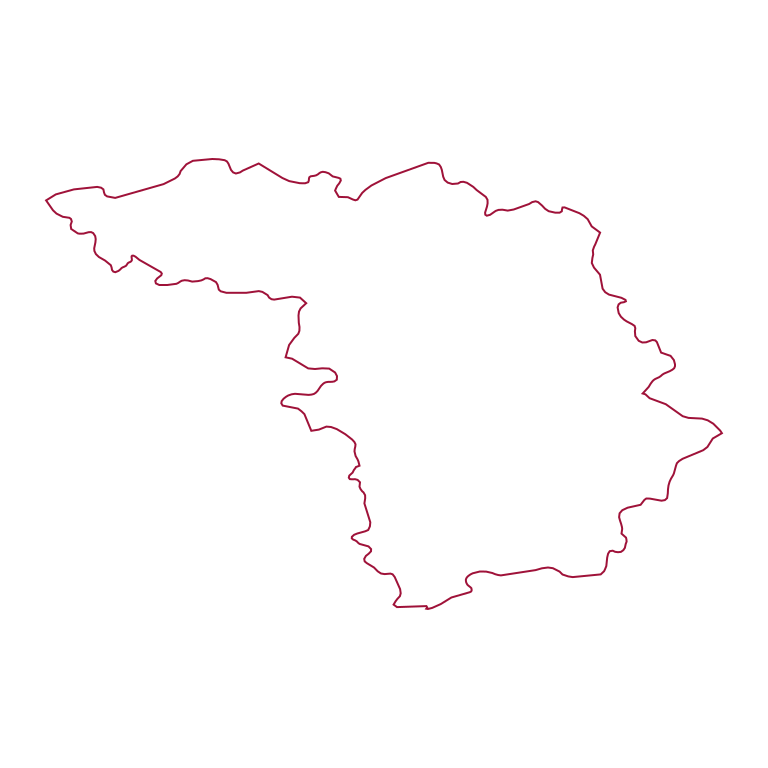 map outline of Kauno (Robinson projection)
{"feature_id": "LTU-1069", "entity_name": "Kauno", "entity_type": "County", "adm_level": 1, "iso_a3": "LTU", "parent_name": "Lithuania", "parent_adm1": "", "projection": "robinson", "projection_center": [23.769, 55.019], "detail": "fine", "context": "isolated", "style": "outline", "palette": "rose", "viewbox_px": 768, "rotation_deg": 0, "n_neighbors": 0, "source": "natural_earth", "source_scale": "10m", "svg_char_len": 5478}
<svg xmlns="http://www.w3.org/2000/svg" viewBox="0 0 768 768"><path d="M600.1,232.6L595.3,244.3L594.1,246.7L592.8,250.4L593.2,254.4L592.4,258.0L591.8,263.0L594.0,267.6L600.0,274.7L602.6,288.7L605.2,292.2L609.0,294.6L621.4,297.8L625.5,299.9L625.9,301.3L623.9,302.2L620.8,302.7L618.6,304.4L617.6,307.4L618.7,313.1L620.9,316.7L624.0,319.6L626.7,321.4L631.9,324.1L634.6,325.9L635.3,328.2L634.9,331.3L635.3,336.1L638.7,340.8L642.3,342.5L646.1,342.3L652.4,340.0L655.3,340.4L656.9,342.1L661.1,352.6L670.6,355.9L673.9,360.1L675.0,364.3L675.0,366.2L674.2,368.2L672.4,369.7L669.7,371.2L664.2,373.5L662.4,374.6L660.7,376.1L659.1,377.2L655.2,379.0L653.6,380.1L652.5,381.2L650.7,383.6L648.7,386.9L642.7,393.5L645.4,394.3L649.6,398.2L665.8,404.2L682.7,416.2L688.5,417.9L702.0,418.6L707.7,420.3L713.3,423.7L720.2,430.6L721.9,433.2L712.8,438.5L707.4,447.0L703.2,450.2L682.6,458.8L679.0,461.1L676.9,463.2L676.0,465.7L673.9,473.4L673.1,475.2L671.0,478.7L669.6,481.7L668.5,485.5L668.0,489.3L667.8,493.4L667.1,498.1L664.9,500.1L661.5,500.7L649.9,498.6L646.3,498.5L644.4,499.9L640.6,504.8L627.6,507.7L622.3,510.2L619.6,513.3L619.1,517.2L620.0,520.5L621.1,523.8L621.9,526.8L622.2,528.9L621.5,533.6L626.0,537.6L626.4,539.3L626.6,541.6L625.7,544.0L624.9,547.8L623.3,550.2L620.9,551.9L618.0,552.2L615.1,551.8L612.7,550.7L609.7,551.2L608.1,553.7L607.2,557.5L606.3,566.1L605.0,569.3L604.1,571.2L600.7,574.4L572.7,577.1L568.2,576.4L562.5,574.5L559.6,571.6L552.9,568.2L548.0,567.5L541.9,568.3L535.6,570.1L500.9,575.4L498.1,575.0L495.2,574.2L492.3,573.0L486.1,571.6L479.9,571.5L472.7,573.3L470.5,574.4L468.5,575.8L467.4,576.8L466.5,578.0L465.9,579.4L465.9,580.9L466.2,582.4L466.8,583.7L467.4,584.7L468.1,585.4L470.5,587.3L471.3,588.1L471.6,589.3L471.6,590.6L471.1,591.5L469.8,592.2L451.4,597.5L440.7,604.1L432.2,607.9L427.9,609.0L426.3,608.7L427.2,607.4L426.4,606.1L397.0,607.1L393.6,604.6L395.5,601.4L397.3,599.0L399.9,596.2L400.7,593.3L400.1,589.1L394.7,577.0L392.6,574.3L390.4,573.6L384.6,574.1L381.0,573.5L377.7,571.3L374.0,567.5L366.9,563.2L364.7,561.4L364.2,558.9L365.9,555.9L368.7,553.7L371.0,551.3L371.1,549.1L368.5,546.4L359.5,543.9L358.0,542.7L356.8,541.4L355.2,540.4L353.2,539.6L351.8,538.4L351.9,536.8L354.1,534.8L357.3,533.5L365.2,531.3L368.2,530.0L369.9,526.4L370.3,522.3L364.4,503.4L365.2,498.2L365.1,495.2L363.5,492.4L362.2,491.3L360.6,489.2L359.5,486.7L360.0,482.3L357.6,479.9L355.1,479.2L352.1,479.3L349.8,479.1L348.8,477.7L349.3,475.6L352.6,472.6L353.9,470.0L355.3,468.2L355.9,467.1L359.5,465.7L358.4,461.4L357.5,459.3L355.6,456.0L354.5,451.4L354.7,449.1L355.3,446.5L355.5,444.3L354.4,442.0L352.1,439.5L345.3,434.2L336.8,429.1L331.0,427.0L326.4,426.6L318.9,429.6L311.3,430.8L304.4,414.1L301.5,411.3L298.0,408.6L282.7,405.6L281.3,403.3L281.7,401.1L283.6,398.7L286.0,396.8L288.2,395.5L291.6,394.3L295.0,393.8L308.6,394.9L311.4,394.6L313.8,394.0L315.7,392.8L317.5,391.0L321.0,385.9L323.1,383.8L324.5,382.8L326.1,382.2L328.0,381.9L332.1,381.8L334.4,381.4L336.8,379.7L337.0,376.1L335.1,372.5L329.2,368.6L322.3,368.3L315.0,369.0L308.2,368.4L292.1,358.7L285.6,357.3L289.1,345.0L294.3,337.9L298.3,333.8L299.4,330.8L299.5,327.0L298.8,322.8L298.5,315.5L299.0,311.6L300.6,308.4L306.2,303.2L300.0,297.6L292.0,296.7L274.2,299.6L271.5,299.2L269.1,297.6L267.6,295.1L262.4,291.9L258.8,291.1L246.3,292.8L226.4,292.8L220.7,291.3L218.8,289.6L217.6,284.8L216.0,282.1L210.6,279.1L207.6,278.2L205.3,278.3L203.6,279.4L201.3,280.4L198.0,281.1L192.2,281.6L188.0,280.5L184.7,280.2L181.9,280.7L180.5,281.4L178.1,283.0L176.4,283.8L167.3,285.0L159.3,285.0L155.9,283.4L155.3,281.0L157.1,278.5L161.3,275.2L161.8,273.5L160.7,272.0L139.4,259.9L135.5,256.7L133.6,255.7L132.2,255.7L131.6,256.3L131.6,257.4L131.8,258.7L131.9,260.1L131.2,261.3L130.1,262.0L128.6,262.6L127.7,263.3L126.9,264.6L126.0,265.8L124.3,266.7L122.6,267.4L121.5,268.1L120.2,269.5L118.5,270.9L115.3,272.2L113.3,271.6L112.0,269.9L111.6,267.5L110.8,265.2L105.0,260.5L98.9,257.0L95.9,254.1L94.4,251.0L94.2,248.3L95.4,242.4L95.7,239.1L95.2,236.1L93.2,233.1L91.1,232.1L88.6,232.2L83.5,233.6L79.6,233.7L77.8,233.4L71.2,229.0L70.6,225.0L71.8,221.5L71.0,219.0L69.4,217.8L62.8,216.8L56.5,213.6L53.0,210.3L46.1,200.4L55.8,194.4L73.9,189.4L97.2,186.9L101.1,187.7L103.4,189.4L104.0,192.4L104.9,194.8L107.1,196.4L115.2,197.9L163.6,184.1L174.9,178.5L177.7,176.4L179.6,174.0L180.6,171.1L186.4,164.3L192.9,160.8L212.3,159.0L219.1,159.3L224.7,160.2L226.9,161.4L228.4,163.6L231.0,169.9L233.1,172.4L235.9,173.5L240.0,172.4L242.8,170.6L258.7,163.5L282.4,178.0L289.2,181.1L299.8,183.2L305.0,183.3L308.2,182.2L308.8,180.6L309.0,178.3L309.4,177.2L310.7,176.3L314.3,175.8L316.2,175.3L318.1,174.2L319.4,173.1L320.8,172.3L322.8,171.8L325.5,172.2L328.7,173.3L332.7,176.4L338.7,177.9L340.4,178.7L340.8,180.5L339.2,183.4L337.3,185.7L335.9,188.6L335.1,190.6L338.8,196.9L347.9,197.2L352.9,199.5L355.4,200.3L357.5,199.6L362.2,192.9L365.4,189.9L371.4,185.5L385.7,178.1L428.3,162.8L434.4,162.9L436.6,163.4L439.1,164.5L440.8,167.0L441.8,169.8L443.2,176.7L444.6,180.0L447.7,182.6L452.2,184.0L458.0,183.5L460.6,182.0L463.4,181.8L467.0,182.8L473.3,186.9L476.7,190.1L485.8,196.9L487.5,199.8L487.6,203.3L487.0,206.5L485.1,212.6L485.3,214.7L486.8,215.7L490.1,214.8L495.7,210.9L498.5,209.9L502.5,209.7L507.7,210.6L513.7,209.5L529.1,204.0L532.2,202.1L535.6,201.3L538.1,202.1L542.0,205.5L545.1,208.8L548.7,211.2L555.4,212.7L559.6,212.7L561.8,211.3L562.0,209.4L562.5,207.5L564.6,207.4L579.4,213.2L583.8,215.8L587.7,219.2L591.7,226.4L600.1,232.6Z" fill="none" stroke="#9f1239" stroke-width="2"/></svg>